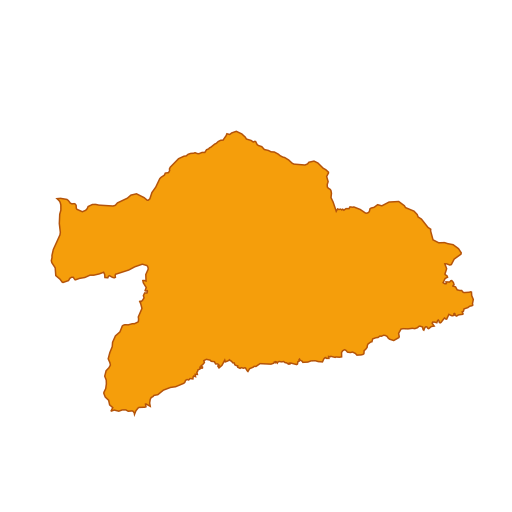 outline of Muong Cha, Điện Biên, Vietnam, rotated 253°
{"feature_id": "81297802B30042560711823", "entity_name": "Muong Cha", "entity_type": "district", "adm_level": 2, "iso_a3": "VNM", "parent_name": "Vietnam", "parent_adm1": "Điện Biên", "projection": "albers", "projection_center": [103.093, 21.828], "detail": "fine", "context": "isolated", "style": "filled", "palette": "amber", "viewbox_px": 512, "rotation_deg": 253, "n_neighbors": 0, "source": "geoboundaries", "source_scale": "gbopen_adm2", "svg_char_len": 6099}
<svg xmlns="http://www.w3.org/2000/svg" viewBox="0 0 512 512"><g transform="rotate(253 256 256)"><path d="M230.5,430.9L233.1,428.8L242.9,425.0L246.0,422.4L248.5,422.3L252.7,420.2L258.6,413.1L260.7,412.6L266.4,408.4L268.7,399.0L267.2,391.0L269.5,387.3L268.0,383.1L268.2,380.2L267.9,378.9L265.4,377.4L264.7,376.2L264.5,374.6L265.0,373.3L270.0,369.3L274.3,363.9L274.3,362.9L275.5,360.2L274.1,358.8L275.0,355.9L274.1,353.4L275.4,352.6L275.0,351.5L276.1,350.6L276.2,348.9L277.2,347.8L275.3,345.8L285.1,345.5L289.9,344.8L293.9,346.5L296.6,346.8L297.9,346.5L299.8,344.9L301.2,344.4L303.5,345.0L306.0,346.7L311.4,346.8L314.2,349.6L315.0,349.8L318.1,348.0L320.3,345.9L326.8,342.4L329.8,339.2L330.2,334.0L329.0,332.2L328.7,329.4L332.8,319.1L334.3,317.6L338.3,315.3L341.8,312.2L342.7,310.6L345.0,308.3L346.9,307.1L350.1,303.9L351.2,300.9L353.3,298.7L355.4,295.1L358.9,293.5L360.9,290.7L362.1,289.7L365.6,289.1L366.0,288.3L365.8,286.7L367.9,285.1L370.7,281.0L372.8,280.5L376.9,278.1L381.0,273.6L380.8,268.7L379.9,266.4L381.4,263.9L379.9,262.7L376.4,258.3L377.0,256.1L376.5,253.3L375.3,250.9L375.1,249.2L373.3,244.8L373.0,243.1L372.3,242.1L372.1,239.8L370.0,237.3L370.8,234.7L370.5,231.3L371.1,229.8L372.6,227.9L372.5,226.4L373.2,223.6L373.1,220.8L372.1,218.4L372.5,216.3L371.7,210.4L366.0,200.0L364.6,198.7L362.9,198.4L361.3,196.7L361.8,193.5L360.1,192.0L359.0,188.2L358.1,186.6L351.2,180.3L347.1,175.0L341.7,171.2L340.8,169.2L341.1,168.3L344.5,166.1L350.4,159.9L350.8,154.2L348.9,149.9L347.3,139.0L345.6,136.3L345.6,133.9L346.2,132.3L350.6,120.6L352.1,118.0L353.1,114.7L352.4,109.9L350.7,108.5L349.5,106.5L349.1,102.9L353.0,98.4L354.1,98.1L357.1,98.8L358.7,98.2L359.2,97.5L359.7,95.2L360.8,93.9L363.8,92.8L365.4,91.7L368.3,85.9L369.0,82.5L366.5,83.9L364.6,84.4L361.9,84.3L356.9,82.8L353.3,80.5L344.5,77.4L335.8,75.8L333.5,74.7L321.5,64.1L316.3,61.1L314.0,60.4L311.4,58.9L309.3,58.8L303.4,60.5L295.8,58.8L291.1,61.8L287.7,63.0L287.1,63.7L287.3,69.5L289.1,71.5L289.6,73.4L289.1,75.0L286.3,75.9L286.0,76.4L286.2,80.6L285.5,86.0L286.2,91.7L285.1,95.2L284.7,100.8L285.0,105.5L282.6,105.9L279.6,105.2L278.5,107.9L279.8,109.0L280.0,110.2L277.7,112.3L276.6,114.0L276.7,115.3L278.8,115.7L279.6,116.4L279.8,130.2L281.1,136.9L281.4,144.9L278.9,148.7L278.1,149.2L276.6,149.4L275.0,149.1L270.5,145.2L264.2,143.5L265.3,141.9L265.6,140.6L263.3,140.4L257.9,141.8L255.3,139.8L254.7,140.5L254.6,141.9L253.6,141.7L252.5,140.9L253.2,138.7L251.0,136.7L248.7,136.7L246.9,134.6L246.0,132.9L246.7,132.0L246.6,131.5L244.0,131.8L239.2,131.6L232.1,125.6L230.1,125.3L227.9,124.4L227.4,123.9L226.8,120.0L227.4,117.9L227.5,113.8L228.6,110.5L228.6,108.9L228.2,107.7L223.2,103.7L220.7,98.2L215.4,93.6L211.3,92.0L206.4,88.0L200.9,84.6L196.8,85.1L194.3,84.9L192.2,82.8L190.1,79.1L185.3,76.2L181.1,76.5L177.4,75.5L173.1,73.5L170.1,70.7L169.0,70.3L165.2,70.6L161.1,72.9L156.4,72.5L152.9,74.7L150.3,72.2L150.0,72.4L150.1,75.4L147.7,79.4L147.9,83.1L146.9,86.5L144.9,88.4L144.1,92.2L143.5,93.0L141.7,93.7L140.1,93.5L143.1,95.9L145.1,98.8L145.4,99.8L143.9,105.5L144.0,106.7L146.7,107.0L146.7,107.5L143.2,110.9L146.5,111.3L149.8,112.9L151.3,114.4L151.7,116.4L152.5,117.6L152.1,121.6L154.8,128.2L155.3,135.8L154.5,140.9L155.4,149.7L155.9,150.9L157.6,152.2L157.9,153.3L158.0,154.0L157.1,155.4L158.1,157.1L156.9,159.7L158.7,160.5L159.4,161.3L158.3,162.9L160.6,163.2L159.9,165.3L162.1,165.4L162.6,166.3L164.1,167.2L164.2,169.2L166.1,169.9L166.1,170.2L164.8,170.5L164.5,172.0L165.4,172.4L166.7,171.4L167.2,171.5L167.6,173.1L169.2,175.5L171.2,175.5L171.7,178.3L169.9,181.6L168.4,182.4L167.1,185.3L164.6,185.8L164.0,187.8L162.4,188.8L162.0,188.7L162.4,187.8L161.9,187.3L159.8,187.9L161.4,191.5L165.6,195.7L163.7,195.7L163.9,198.6L164.5,200.4L163.5,200.7L162.7,201.7L160.6,202.6L160.1,203.9L158.2,203.9L156.7,205.4L156.3,206.4L155.0,206.0L153.2,207.9L153.6,209.2L152.3,211.3L152.4,212.7L152.0,213.2L148.9,214.0L148.2,214.3L147.9,214.5L150.1,216.9L150.5,220.8L151.0,221.9L150.4,223.7L151.9,228.4L148.2,238.7L148.3,241.6L149.1,242.3L148.8,242.7L149.4,243.5L149.0,244.2L148.1,243.9L148.2,244.8L147.4,245.1L148.0,245.6L148.4,247.2L147.3,249.5L147.0,251.6L145.4,252.7L145.0,253.9L143.1,255.4L143.0,256.0L143.8,256.3L143.7,257.0L142.9,257.1L143.4,258.1L140.3,263.1L140.5,264.0L142.7,265.2L142.8,266.5L144.4,266.9L144.7,267.5L143.7,267.6L141.7,269.5L140.6,269.7L139.4,274.6L139.6,278.0L138.5,282.1L136.8,284.7L135.3,288.6L137.8,290.8L138.6,292.3L138.5,293.0L137.6,293.2L136.8,295.8L138.7,296.1L137.9,297.5L138.2,298.2L135.9,302.1L136.1,302.9L134.8,306.2L134.5,308.4L138.7,309.6L140.0,311.1L140.5,313.3L139.5,314.4L137.3,315.4L136.1,318.0L135.9,320.3L133.7,322.6L131.7,323.5L130.7,327.5L130.6,329.5L131.0,330.6L134.0,331.8L134.5,333.3L136.1,335.5L138.0,336.4L139.1,337.4L140.2,340.5L140.1,341.8L142.6,343.3L142.8,346.7L142.4,348.9L143.2,351.0L142.6,352.5L142.9,354.8L142.3,356.3L140.9,357.8L138.7,358.5L137.4,359.4L134.9,363.0L136.2,368.8L137.1,369.4L140.4,369.8L143.7,373.3L143.5,375.4L141.9,380.0L141.1,384.5L140.1,386.6L140.2,389.4L141.1,391.3L141.0,392.3L139.4,394.5L136.7,394.3L136.0,394.8L138.2,396.6L138.7,397.7L138.3,398.6L136.5,399.2L136.0,399.9L137.3,403.1L136.9,405.9L140.2,404.8L141.1,405.6L140.7,407.2L139.3,409.4L141.2,410.8L141.5,411.6L140.2,412.0L138.8,411.9L138.2,412.6L138.4,413.5L141.6,418.1L140.2,419.1L139.9,419.9L143.8,423.4L141.8,425.5L141.3,426.7L141.4,427.7L142.9,428.3L143.1,428.9L142.4,429.4L140.9,429.2L139.9,430.3L140.5,432.4L139.8,436.7L140.3,437.1L142.3,436.8L142.5,438.2L144.6,439.5L144.7,443.5L145.5,445.7L145.3,448.0L145.7,449.0L147.0,449.0L150.9,451.1L155.0,450.7L158.5,451.5L159.0,450.8L159.0,449.3L160.2,444.2L160.9,443.4L162.9,442.6L163.4,440.9L164.8,438.5L168.1,437.8L169.7,435.5L170.3,435.9L170.7,437.0L173.0,437.0L175.3,436.0L175.4,435.1L174.5,433.5L175.7,430.1L174.0,430.0L173.9,429.5L174.3,428.4L175.8,427.1L179.2,430.3L179.7,433.0L181.1,432.9L182.9,431.5L183.5,431.4L188.1,434.6L193.3,434.3L192.8,436.0L190.7,438.7L190.7,440.3L195.1,444.6L197.8,452.5L199.0,453.2L203.8,451.8L209.2,447.8L211.8,442.9L213.7,440.2L215.2,434.6L219.7,430.0L228.9,430.3L230.5,430.9Z" fill="#f59e0b" stroke="#b45309" stroke-width="1.5"/></g></svg>